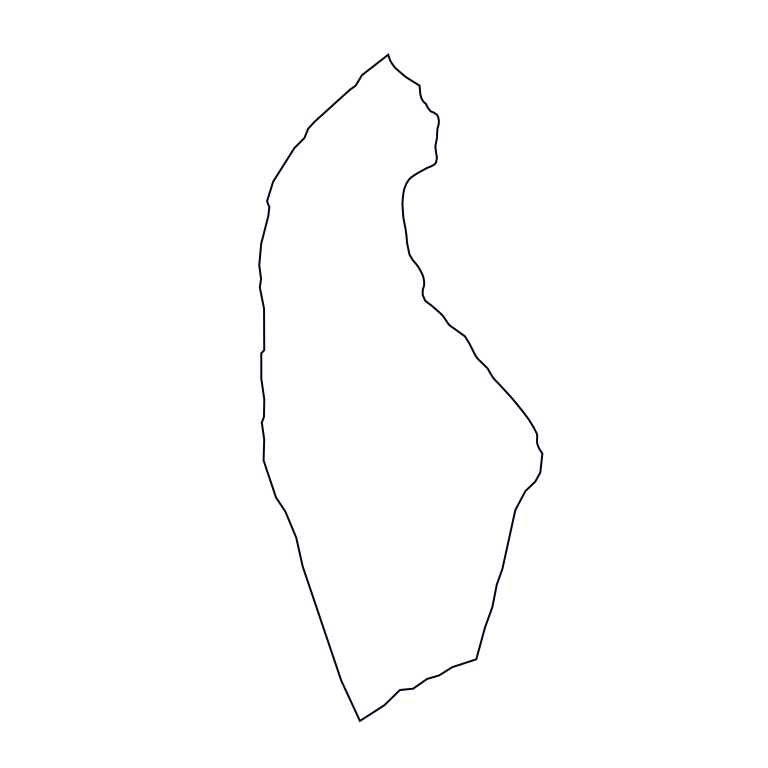 El Tejar, Chimaltenango, Guatemala, rotated 339°
{"feature_id": "79465075B23918140958816", "entity_name": "El Tejar", "entity_type": "district", "adm_level": 2, "iso_a3": "GTM", "parent_name": "Guatemala", "parent_adm1": "Chimaltenango", "projection": "robinson", "projection_center": [-90.776, 14.679], "detail": "fine", "context": "isolated", "style": "outline", "palette": "ink", "viewbox_px": 768, "rotation_deg": 339, "n_neighbors": 0, "source": "geoboundaries", "source_scale": "gbopen_adm2", "svg_char_len": 1861}
<svg xmlns="http://www.w3.org/2000/svg" viewBox="0 0 768 768"><g transform="rotate(339 384 384)"><path d="M240.8,689.9L269.0,684.1L289.2,675.4L302.0,678.9L318.5,674.8L331.1,675.8L346.4,672.8L371.5,674.1L390.8,647.8L405.3,631.0L417.4,611.7L428.2,599.2L461.4,548.8L477.7,534.6L490.3,529.3L498.2,522.7L506.9,505.8L506.1,501.8L505.6,498.7L505.7,494.2L506.7,491.4L508.0,488.5L508.9,485.4L508.1,477.8L506.4,468.8L504.0,460.3L500.6,449.7L497.8,441.6L492.2,427.4L489.2,420.3L488.1,417.3L487.2,412.5L486.3,406.6L484.2,402.0L480.8,394.7L479.6,390.5L479.3,387.7L479.0,384.4L478.2,376.7L476.6,368.4L471.5,360.7L469.8,358.0L467.1,354.1L465.8,351.7L464.6,346.5L463.6,342.1L462.2,338.7L459.9,334.2L458.6,331.7L457.0,328.7L453.9,323.7L452.3,320.9L452.0,314.9L453.8,310.2L456.8,306.3L458.0,303.4L458.9,299.4L459.1,295.5L458.7,291.6L458.0,287.0L456.9,283.2L455.2,278.5L454.2,272.4L454.9,267.7L456.1,260.5L458.2,253.4L459.8,246.3L461.4,237.2L462.1,234.1L463.9,228.3L465.5,223.2L467.5,218.6L470.0,213.7L472.3,209.8L476.6,205.0L480.4,202.2L483.0,201.0L487.7,199.8L492.8,198.9L501.9,197.7L505.2,197.7L509.2,197.3L511.8,196.1L514.4,192.0L515.8,185.5L517.1,180.5L520.3,175.4L521.8,173.1L523.4,169.0L525.5,164.6L528.1,161.1L529.5,158.3L530.2,154.7L530.0,151.6L527.7,148.4L525.3,146.2L523.9,141.8L523.5,137.5L522.0,134.7L521.3,130.7L521.8,126.2L523.0,122.3L524.1,118.1L518.2,110.4L514.8,105.8L513.2,103.2L510.9,98.9L509.4,96.0L507.8,93.1L506.3,87.8L505.7,84.3L505.9,78.1L474.1,87.8L464.3,95.4L457.8,97.0L413.4,114.2L404.8,118.4L397.9,125.8L384.9,131.6L353.0,155.4L340.3,171.5L340.3,177.8L336.3,185.6L319.7,208.9L310.1,228.4L306.9,241.8L302.7,249.3L299.0,270.7L284.3,309.5L280.4,311.4L271.4,335.0L266.7,355.5L260.1,371.8L256.1,376.2L252.3,392.8L244.2,412.2L242.5,451.2L246.2,467.8L247.0,496.0L242.7,525.3L237.8,645.7L240.8,689.9Z" fill="none" stroke="#020617" stroke-width="2"/></g></svg>